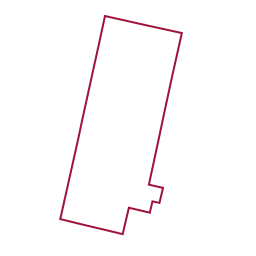 Howard, Indiana, United States of America, rotated 283°
{"feature_id": "52423323B16431828353602", "entity_name": "Howard", "entity_type": "district", "adm_level": 2, "iso_a3": "USA", "parent_name": "United States of America", "parent_adm1": "Indiana", "projection": "robinson", "projection_center": [-86.172, 40.47], "detail": "fine", "context": "isolated", "style": "outline", "palette": "rose", "viewbox_px": 256, "rotation_deg": 283, "n_neighbors": 0, "source": "geoboundaries", "source_scale": "gbopen_adm2", "svg_char_len": 410}
<svg xmlns="http://www.w3.org/2000/svg" viewBox="0 0 256 256"><g transform="rotate(283 128 128)"><path d="M24.0,82.5L23.7,104.1L23.4,146.7L31.1,146.7L50.5,146.8L50.4,168.3L62.0,168.3L62.1,175.5L77.5,175.6L77.5,161.1L124.7,160.4L151.7,159.9L186.4,159.4L232.6,159.1L232.2,123.5L231.9,80.4L201.3,80.8L171.0,81.1L124.5,81.6L109.2,81.9L70.1,82.2L24.0,82.5Z" fill="none" stroke="#9f1239" stroke-width="2"/></g></svg>